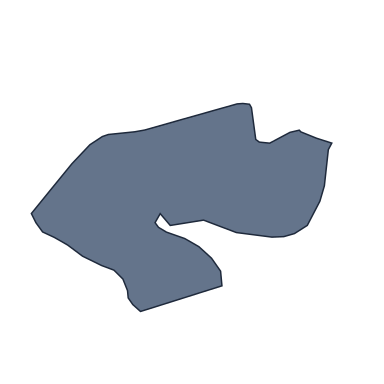 an SVG outline of Djibouti, rotated 43°
{"feature_id": "DJI", "entity_name": "Djibouti", "entity_type": "country or territory", "adm_level": 0, "iso_a3": "DJI", "parent_name": "Africa", "parent_adm1": "", "projection": "robinson", "projection_center": [42.635, 11.825], "detail": "fine", "context": "isolated", "style": "filled", "palette": "slate", "viewbox_px": 384, "rotation_deg": 43, "n_neighbors": 0, "source": "natural_earth", "source_scale": "50m", "svg_char_len": 824}
<svg xmlns="http://www.w3.org/2000/svg" viewBox="0 0 384 384"><g transform="rotate(43 192 192)"><path d="M277.9,240.2L266.6,260.1L252.2,285.6L235.8,314.5L225.5,314.7L217.6,313.0L212.1,308.1L200.9,302.8L188.2,302.4L176.1,307.4L155.7,313.6L137.2,315.6L122.3,319.1L110.0,323.1L98.8,320.9L89.2,317.3L87.1,286.5L84.9,253.1L85.1,227.0L88.6,212.6L91.6,207.0L109.0,187.1L115.1,179.0L135.0,146.1L152.1,117.9L164.9,96.8L168.8,92.6L174.2,88.6L178.0,89.8L202.8,110.1L207.2,109.6L215.5,103.3L223.0,81.5L228.3,73.6L230.6,73.8L246.5,67.7L260.9,60.9L262.8,68.0L284.6,97.2L291.8,111.5L299.1,137.8L295.3,152.5L289.6,162.0L281.2,170.5L252.1,191.4L219.6,204.7L198.9,231.3L183.5,229.5L185.9,239.6L191.6,240.7L200.6,238.8L218.4,231.0L234.3,227.3L251.4,227.1L266.9,230.4L277.9,240.2Z" fill="#64748b" stroke="#1e293b" stroke-width="1.5"/></g></svg>